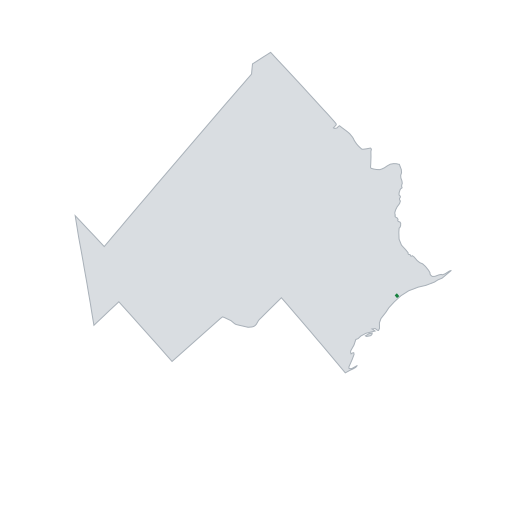 Riyadh, Nouakchott, Mauritania shown in context, rotated 230°
{"feature_id": "47542326B18524078593640", "entity_name": "Riyadh", "entity_type": "district", "adm_level": 2, "iso_a3": "MRT", "parent_name": "Mauritania", "parent_adm1": "Nouakchott", "projection": "orthographic", "projection_center": [-15.955, 18.004], "detail": "fine", "context": "in_parent", "style": "filled", "palette": "green", "viewbox_px": 512, "rotation_deg": 230, "n_neighbors": 0, "source": "geoboundaries", "source_scale": "gbopen_adm2", "svg_char_len": 3529}
<svg xmlns="http://www.w3.org/2000/svg" viewBox="0 0 512 512"><g transform="rotate(230 256 256)"><path d="M229.5,423.1L228.9,422.9L226.2,421.0L224.8,418.7L222.6,417.1L219.6,416.0L217.6,414.7L216.7,413.2L215.6,412.2L214.4,411.8L214.3,411.2L214.5,410.5L214.2,409.1L212.4,406.2L210.8,404.8L209.4,405.0L208.6,404.7L208.1,404.0L207.9,403.0L206.9,402.2L205.3,401.9L203.9,399.7L202.9,395.6L201.5,392.4L199.9,390.1L198.7,389.3L197.9,389.1L197.6,388.8L197.4,388.1L196.1,387.9L194.4,388.6L192.8,388.4L192.0,387.3L190.9,387.2L189.6,388.1L188.1,387.9L186.4,386.4L185.5,385.0L185.3,383.5L182.4,380.7L176.9,376.4L170.8,374.4L164.3,374.7L160.7,374.6L159.9,373.9L159.1,373.9L158.3,374.7L157.5,374.9L156.5,374.5L156.0,374.8L155.8,375.9L153.5,376.5L149.1,376.5L145.6,377.2L142.9,378.6L139.1,379.1L134.2,379.0L131.3,378.5L130.3,377.7L128.9,377.5L127.0,377.9L125.4,380.0L124.0,383.9L122.8,386.1L121.8,386.6L120.8,389.5L120.2,394.3L119.4,396.4L119.4,384.4L120.8,379.9L121.3,376.0L124.3,367.3L127.9,360.2L131.2,350.7L132.4,341.5L132.0,332.6L131.0,324.6L129.4,319.3L127.8,311.6L125.5,307.6L121.2,304.1L120.2,302.0L121.2,301.2L123.8,300.7L125.5,298.0L122.0,299.0L126.1,290.6L127.3,284.9L127.1,281.1L127.9,278.8L124.8,273.8L122.4,267.4L121.2,266.4L119.9,265.9L119.8,267.4L119.1,268.7L117.6,267.9L115.0,263.3L111.3,255.8L110.0,255.0L108.9,256.0L108.2,257.0L107.0,263.3L106.6,260.8L107.1,257.9L108.1,254.3L109.1,249.3L112.3,249.3L118.1,249.3L129.5,249.3L135.2,249.3L146.7,249.3L152.4,249.2L163.9,249.2L169.6,249.1L181.0,249.0L186.8,248.9L198.2,248.8L203.9,248.7L207.7,248.6L207.4,245.1L207.2,242.3L206.9,238.5L206.6,234.7L206.3,230.9L206.0,227.4L205.7,223.9L205.4,220.6L205.2,217.6L204.8,215.9L203.5,212.4L203.3,210.7L203.5,208.9L204.3,207.2L206.5,204.1L209.7,201.7L213.5,198.8L216.4,196.7L217.9,196.1L222.5,195.3L226.0,193.7L229.5,192.1L230.9,191.2L231.0,188.3L229.2,123.9L246.2,123.5L250.7,123.4L282.0,122.4L286.4,122.3L309.1,121.5L308.9,118.4L308.7,114.1L308.4,108.2L308.0,102.2L307.4,91.7L307.1,87.3L311.7,90.0L321.0,95.5L325.6,98.3L334.9,103.7L344.2,109.2L353.6,114.6L358.3,117.3L362.9,120.0L367.6,122.7L372.3,125.4L381.7,130.7L385.7,133.0L391.7,136.6L397.4,140.0L403.1,143.4L394.8,143.9L383.6,144.5L376.0,145.0L368.1,145.4L360.8,145.8L361.8,151.8L363.0,158.4L364.1,164.9L365.2,171.5L366.4,178.1L369.8,197.9L370.9,204.5L372.0,211.1L373.1,217.7L374.3,224.3L376.5,237.5L377.6,244.1L378.7,250.7L379.8,257.3L380.9,263.9L382.0,270.5L384.2,283.7L385.3,290.3L386.4,297.0L387.5,303.6L388.6,310.2L389.7,316.8L390.8,323.4L391.9,330.0L394.0,343.3L395.1,349.9L396.1,356.5L397.2,363.1L398.2,369.5L401.4,372.7L405.4,376.8L404.6,382.9L403.7,390.1L402.6,398.1L392.1,398.6L381.7,399.2L355.7,400.5L350.5,400.7L324.4,401.8L319.1,402.1L309.0,402.4L306.0,402.4L304.9,401.8L304.4,397.7L303.5,398.0L302.5,399.3L302.0,400.6L302.3,402.3L302.1,403.7L298.8,404.4L294.3,405.5L289.5,406.4L284.7,406.3L283.0,406.0L281.2,405.5L277.4,405.1L275.3,405.1L272.9,405.3L270.0,405.7L269.1,406.4L267.1,409.5L265.1,413.1L263.7,413.1L262.2,411.2L257.9,407.7L252.8,403.1L250.4,400.8L249.2,400.5L246.8,402.2L244.8,403.9L242.6,406.3L241.7,408.5L241.0,411.2L240.7,414.3L240.0,417.9L238.3,420.8L236.2,423.1L234.7,424.1L234.1,424.7L229.5,423.1ZM123.8,292.8L122.2,295.4L121.4,294.4L121.2,292.7L122.6,290.2L123.3,289.0L124.5,288.5L123.8,292.8Z" fill="#d9dde1" stroke="#a8b0b8" stroke-width="1"/><path d="M133.9,337.7L133.8,338.2L133.8,338.3L133.9,339.2L136.1,339.2L136.0,337.7L134.5,337.7L134.2,337.7L134.1,337.8L134.1,337.7L133.9,337.7Z" fill="#22c55e" stroke="#15803d" stroke-width="1.5"/></g></svg>